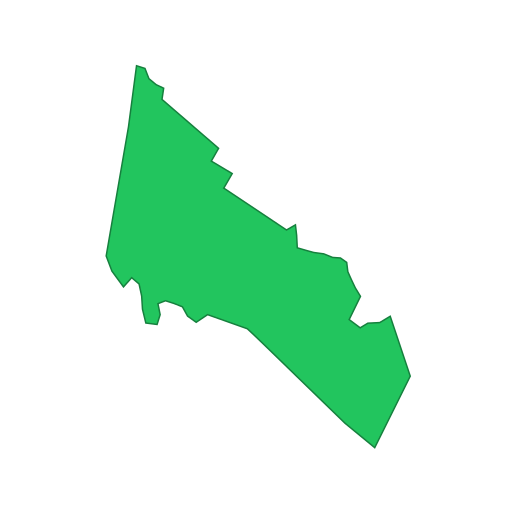 Pinheiro Preto, Santa Catarina, Brazil, rotated 208°
{"feature_id": "56859067B21273209353903", "entity_name": "Pinheiro Preto", "entity_type": "district", "adm_level": 2, "iso_a3": "BRA", "parent_name": "Brazil", "parent_adm1": "Santa Catarina", "projection": "equal_earth", "projection_center": [-51.235, -27.055], "detail": "fine", "context": "isolated", "style": "filled", "palette": "green", "viewbox_px": 512, "rotation_deg": 208, "n_neighbors": 0, "source": "geoboundaries", "source_scale": "gbopen_adm2", "svg_char_len": 828}
<svg xmlns="http://www.w3.org/2000/svg" viewBox="0 0 512 512"><g transform="rotate(208 256 256)"><path d="M109.2,265.8L115.5,255.3L125.7,249.2L130.3,241.5L143.9,243.6L144.8,269.4L153.4,274.5L160.8,280.0L167.5,285.2L172.9,292.9L180.5,293.9L187.7,290.7L197.2,289.7L206.7,286.2L213.9,284.6L223.4,282.6L229.8,293.3L235.8,302.0L241.3,293.3L316.3,300.8L315.7,317.6L340.0,318.8L339.6,333.5L412.5,350.1L416.3,360.8L424.6,360.4L433.8,362.3L442.1,369.5L450.8,367.9L429.2,310.1L399.5,219.7L388.3,185.7L376.1,175.0L358.5,166.5L355.6,178.5L346.1,176.4L338.1,166.9L331.3,155.8L321.8,145.1L311.2,149.1L313.1,159.2L320.2,167.9L314.9,174.0L306.1,175.6L297.1,176.6L288.2,170.8L277.7,169.4L271.2,181.5L229.5,187.7L218.5,184.7L202.4,180.1L98.8,150.1L61.2,142.5L63.4,222.3L109.2,265.8Z" fill="#22c55e" stroke="#15803d" stroke-width="1.5"/></g></svg>